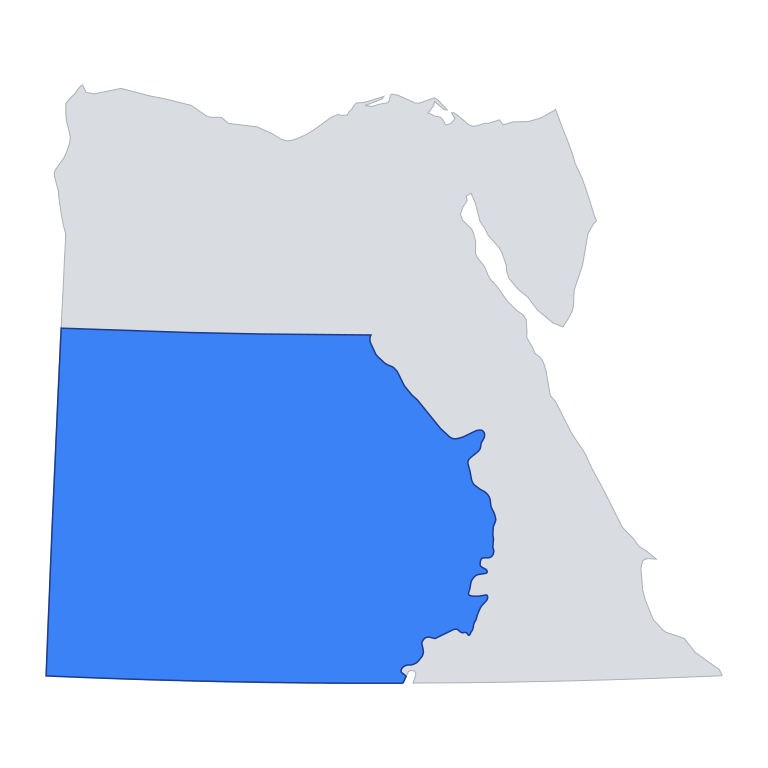 where Al Wadi at Jadid sits in Egypt
{"feature_id": "EGY-1550", "entity_name": "Al Wadi at Jadid", "entity_type": "Governorate", "adm_level": 1, "iso_a3": "EGY", "parent_name": "Egypt", "parent_adm1": "", "projection": "orthographic", "projection_center": [30.896, 24.831], "detail": "fine", "context": "in_parent", "style": "filled", "palette": "blue", "viewbox_px": 768, "rotation_deg": 0, "n_neighbors": 0, "source": "natural_earth", "source_scale": "10m", "svg_char_len": 7105}
<svg xmlns="http://www.w3.org/2000/svg" viewBox="0 0 768 768"><path d="M721.9,675.7L703.3,676.5L684.7,677.2L666.1,677.9L647.5,678.6L628.9,679.2L610.3,679.8L591.6,680.3L573.0,680.8L554.3,681.2L535.7,681.6L517.0,682.0L498.3,682.3L479.7,682.5L461.0,682.8L442.3,682.9L423.6,683.0L413.0,683.1L414.8,677.6L415.9,673.8L414.6,671.1L411.0,670.4L408.6,671.3L403.1,682.7L400.1,683.2L393.5,683.2L371.8,683.2L350.0,683.1L328.3,683.0L306.5,682.8L284.8,682.6L263.0,682.3L241.3,681.9L219.6,681.5L197.8,681.0L176.1,680.4L154.4,679.8L132.7,679.2L111.1,678.4L89.4,677.6L67.7,676.8L46.1,675.9L46.6,662.1L47.2,648.3L47.7,634.6L48.3,620.8L48.8,607.0L49.4,593.3L49.9,579.5L50.5,565.7L51.1,551.9L51.7,538.2L52.2,524.4L52.8,510.6L53.4,496.8L54.0,483.0L54.6,469.3L55.3,455.5L55.9,441.7L56.5,427.9L57.1,414.2L57.7,400.4L58.4,386.6L59.0,372.9L59.7,359.1L60.3,345.3L61.0,331.6L61.6,317.8L62.3,304.1L63.0,290.3L63.7,276.6L64.3,262.8L65.0,249.1L65.7,235.3L65.4,232.8L62.9,223.3L60.8,211.3L58.7,196.6L58.6,191.9L54.5,176.7L54.3,172.4L55.7,169.4L64.3,157.2L67.0,151.1L69.4,143.9L70.4,137.9L68.6,128.7L66.3,120.3L65.8,111.9L65.9,103.6L70.3,98.1L75.4,93.1L77.3,89.9L80.4,86.4L82.5,84.8L86.0,92.3L94.1,93.9L121.0,88.4L150.2,96.0L166.3,99.1L191.2,105.4L206.2,115.9L210.3,117.3L221.3,117.3L228.4,123.4L257.1,126.9L272.3,133.7L280.9,139.1L286.2,140.8L290.8,140.6L297.1,138.7L305.0,135.1L313.7,130.0L331.6,117.0L337.9,114.7L342.0,115.3L347.0,115.2L349.1,111.6L351.7,109.2L353.4,106.4L356.1,103.1L365.3,102.2L383.8,96.4L381.7,99.2L364.9,105.6L372.1,106.4L379.5,104.2L387.9,102.8L389.4,100.1L390.5,94.9L392.1,94.2L397.9,95.2L415.2,103.0L419.5,103.1L431.7,98.7L434.3,97.8L438.2,100.2L447.3,109.9L444.2,109.7L434.5,101.4L433.7,105.6L428.2,113.0L435.1,116.2L440.7,117.3L443.8,121.4L445.7,125.1L451.2,123.4L455.1,118.4L453.0,115.6L451.6,112.8L453.4,112.7L457.2,115.0L468.4,124.4L472.1,126.3L476.4,125.9L485.3,123.1L487.7,123.5L499.7,119.8L501.1,122.3L503.1,124.9L512.7,121.9L527.9,121.6L540.2,118.3L554.3,110.4L555.4,109.3L556.2,111.1L558.1,116.2L562.9,129.1L567.0,139.2L572.2,153.2L573.8,158.6L574.6,162.3L581.9,177.7L586.4,190.4L589.7,200.7L594.4,215.7L596.4,221.0L593.5,223.8L587.9,233.9L582.5,265.4L574.1,290.2L573.5,305.6L572.1,311.2L568.0,319.1L562.8,326.9L553.2,323.1L537.5,310.1L528.2,297.5L518.4,289.5L509.1,278.7L506.5,270.9L506.5,265.9L502.3,253.7L499.3,247.9L488.0,235.1L484.8,228.1L482.3,225.1L479.8,220.7L475.6,203.9L471.1,193.2L466.2,196.2L467.2,200.7L462.9,207.0L460.4,214.3L462.5,220.2L471.6,229.1L473.5,233.1L475.7,241.6L475.5,253.2L477.0,257.2L483.9,265.7L486.4,270.8L488.0,275.2L490.3,279.2L497.1,286.6L507.1,300.8L516.5,310.3L523.2,314.9L526.1,319.5L527.0,331.5L526.7,337.3L532.8,348.0L535.1,353.5L540.8,357.8L543.6,362.9L546.1,371.1L550.3,395.6L555.5,401.5L571.7,433.5L585.2,453.6L592.0,468.7L602.1,487.0L622.3,527.2L634.0,539.4L638.8,546.3L647.1,551.5L656.3,559.1L647.8,558.6L645.7,559.1L642.8,560.6L641.5,565.4L641.0,569.3L642.7,590.0L645.4,600.4L653.5,620.1L659.3,625.9L662.2,629.6L666.1,632.3L684.2,638.4L695.2,652.4L719.3,669.6L721.8,674.5L721.9,675.7Z" fill="#d9dde1" stroke="#a8b0b8" stroke-width="1"/><path d="M59.4,365.9L59.7,360.5L60.6,339.8L61.1,330.5L61.2,328.1L62.2,328.2L188.2,332.5L260.4,334.0L371.0,335.0L370.3,336.3L370.1,337.1L369.9,339.4L370.0,341.1L370.6,343.0L375.6,353.9L376.6,355.3L377.4,356.3L384.7,363.1L387.3,364.7L392.4,366.8L393.3,367.4L394.3,368.3L396.9,371.1L397.5,372.0L404.4,385.9L412.1,395.3L417.3,399.8L440.5,428.5L449.4,436.7L449.9,437.1L450.9,437.7L452.2,438.3L453.1,438.6L454.1,438.8L455.6,438.8L458.3,438.4L463.2,436.9L475.8,430.8L477.3,430.4L479.8,430.0L480.8,430.1L481.6,430.2L482.2,430.5L482.7,430.9L483.3,431.4L483.8,432.0L484.1,432.6L484.4,433.2L484.6,434.5L484.6,435.8L484.5,436.6L484.3,437.2L483.8,438.5L481.5,442.5L481.2,443.2L481.0,443.9L480.7,446.8L480.3,448.2L480.1,448.8L479.7,449.5L479.3,450.1L478.3,451.3L470.8,457.4L469.1,459.1L468.4,460.3L468.1,461.0L468.0,461.6L467.9,462.9L468.0,463.8L470.0,471.2L471.6,480.0L472.5,482.2L473.0,483.2L473.5,483.9L474.7,485.2L480.0,489.2L484.6,491.7L486.5,493.2L487.7,494.6L488.7,496.0L489.4,497.3L490.2,499.6L490.9,505.9L491.1,506.7L491.5,507.8L494.0,512.8L495.1,516.0L495.6,518.3L495.6,518.6L495.8,519.5L495.3,521.8L493.3,526.8L493.1,529.3L493.1,530.3L493.0,531.6L492.9,534.9L493.5,539.2L493.5,539.9L493.1,543.0L493.1,544.4L493.0,545.2L492.9,547.1L493.0,547.9L493.8,550.5L493.8,551.6L493.3,553.8L493.2,554.4L492.7,555.0L492.5,555.4L492.0,556.1L491.4,556.6L490.8,557.1L490.1,557.4L489.4,557.6L488.1,557.9L484.5,557.8L483.2,558.0L482.5,558.2L481.9,558.5L481.4,559.0L481.1,559.3L481.0,559.6L480.6,560.4L480.3,562.3L480.1,564.0L480.2,565.1L480.5,565.9L481.0,566.5L481.7,567.0L484.2,568.5L485.5,569.1L486.2,569.5L486.7,570.1L487.2,571.3L487.2,572.1L486.8,572.8L486.2,573.2L485.5,573.4L478.6,574.5L477.2,574.9L476.6,575.1L475.9,575.5L475.3,576.0L474.0,577.2L473.0,578.4L471.7,580.4L471.3,581.1L470.7,583.8L469.9,588.4L469.5,590.0L469.1,591.1L468.8,592.0L468.5,593.5L468.7,594.4L469.2,595.1L469.8,595.5L470.5,595.7L472.8,596.1L478.4,596.2L486.0,595.0L486.6,595.1L487.2,595.4L487.6,596.5L487.7,597.5L487.5,598.6L487.1,599.5L486.7,600.3L481.8,605.7L480.4,607.7L477.7,613.9L476.1,619.4L475.6,620.6L475.4,620.9L474.9,621.6L474.3,622.8L473.7,624.5L473.1,627.9L472.6,629.6L472.0,630.8L471.5,631.4L471.1,632.0L470.0,634.4L469.5,635.0L468.9,635.3L468.3,635.1L467.8,634.6L467.1,633.4L466.6,632.9L466.0,632.5L465.4,632.4L464.7,632.4L463.1,632.7L462.4,632.7L461.6,632.6L460.9,632.3L458.3,630.2L457.1,629.3L456.4,629.1L455.7,629.1L455.0,629.2L453.4,629.6L435.4,638.4L434.8,638.5L434.2,638.4L429.3,637.1L428.0,637.1L427.3,637.2L426.6,637.4L425.9,637.6L425.1,638.0L424.3,638.7L423.5,639.6L422.5,641.1L422.1,642.1L421.8,643.0L421.8,643.7L422.1,645.0L423.0,648.6L423.4,652.0L423.4,652.4L422.9,654.3L422.6,655.3L422.1,656.3L418.1,661.4L416.2,663.0L415.2,663.5L413.9,664.1L412.5,664.6L411.1,664.9L408.2,665.0L406.8,665.2L405.4,665.7L404.0,666.4L403.2,667.0L402.5,667.7L401.6,669.0L401.2,670.0L401.0,670.8L401.1,671.5L401.4,672.1L401.9,672.7L402.5,673.3L405.0,675.1L405.6,675.7L406.0,676.4L406.1,676.6L405.9,677.0L403.1,682.8L402.4,683.2L400.2,683.2L394.7,683.2L389.1,683.2L383.6,683.2L378.0,683.2L372.5,683.2L366.9,683.2L361.4,683.2L355.9,683.2L350.3,683.2L344.8,683.2L339.2,683.1L333.7,683.1L328.2,683.1L322.6,683.0L317.1,683.0L311.5,682.9L306.0,682.9L300.5,682.8L294.9,682.7L289.4,682.7L283.8,682.6L278.3,682.5L272.8,682.5L267.2,682.4L261.7,682.3L256.1,682.2L250.6,682.1L245.1,682.0L239.5,681.9L234.0,681.8L228.5,681.7L222.9,681.6L217.4,681.5L211.9,681.3L206.3,681.2L200.8,681.1L195.3,681.0L189.7,680.8L184.2,680.7L178.7,680.5L173.1,680.4L167.6,680.2L162.1,680.1L156.5,679.9L151.0,679.8L145.5,679.6L140.0,679.4L134.4,679.2L128.9,679.1L123.4,678.9L117.9,678.7L112.3,678.5L106.8,678.3L101.3,678.1L95.8,677.9L90.3,677.7L84.7,677.5L79.2,677.3L73.7,677.0L68.2,676.8L62.7,676.6L57.2,676.4L51.6,676.1L46.1,675.9L46.8,658.0L47.5,640.1L48.2,622.2L49.0,604.3L49.7,586.4L50.4,568.5L51.2,550.6L51.9,532.7L52.7,514.8L53.5,496.9L54.3,479.0L55.1,461.1L55.9,443.2L56.7,425.3L57.5,407.4L58.3,389.5L58.9,377.5L59.4,365.9Z" fill="#3b82f6" stroke="#1e3a8a" stroke-width="1.5"/></svg>